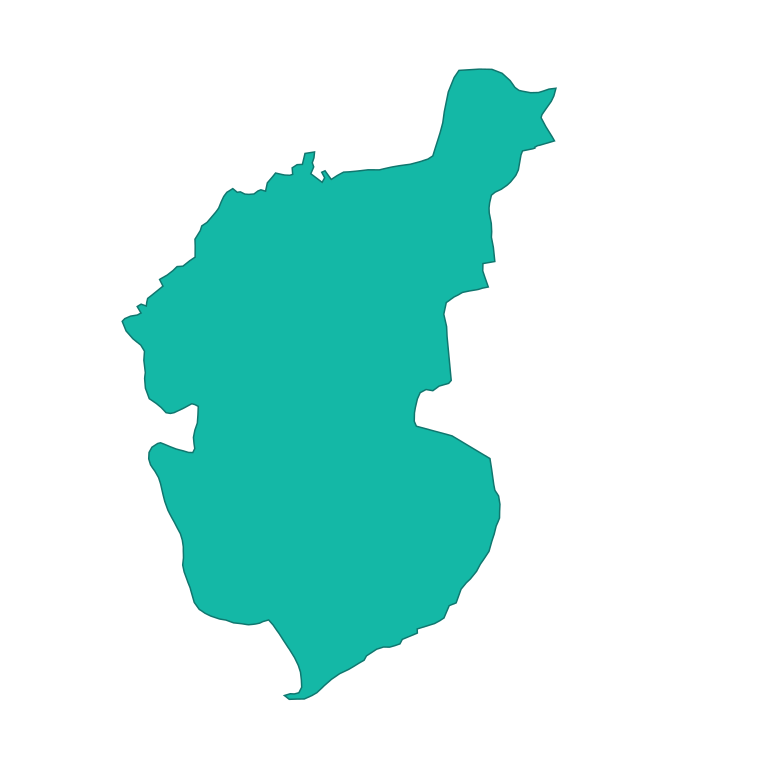 Chumatlán, Veracruz, Mexico, rotated 344°
{"feature_id": "50627088B36712897039445", "entity_name": "Chumatlán", "entity_type": "district", "adm_level": 2, "iso_a3": "MEX", "parent_name": "Mexico", "parent_adm1": "Veracruz", "projection": "equal_earth", "projection_center": [-97.586, 20.222], "detail": "fine", "context": "isolated", "style": "filled", "palette": "teal", "viewbox_px": 768, "rotation_deg": 344, "n_neighbors": 0, "source": "geoboundaries", "source_scale": "gbopen_adm2", "svg_char_len": 4395}
<svg xmlns="http://www.w3.org/2000/svg" viewBox="0 0 768 768"><g transform="rotate(344 384 384)"><path d="M408.8,170.4L403.6,169.2L400.6,169.8L396.6,170.7L389.7,172.8L388.5,169.6L386.1,162.8L382.5,163.3L383.8,169.4L380.1,173.1L371.6,161.7L376.3,155.9L376.0,151.6L379.0,147.3L381.2,141.8L371.6,140.6L366.1,150.4L360.9,149.2L356.4,150.6L355.3,150.9L354.0,157.3L351.0,157.4L346.2,155.8L343.5,154.4L337.9,151.3L335.4,153.1L333.5,154.4L327.3,158.5L323.3,166.0L319.2,163.4L316.0,163.7L311.4,165.5L306.4,164.5L302.6,163.1L298.9,159.7L297.6,159.5L295.8,159.3L292.5,154.5L288.0,155.8L285.8,156.4L283.0,158.5L281.6,159.6L277.9,163.8L273.6,169.3L271.1,171.3L269.5,172.5L259.3,179.3L259.0,179.5L258.4,179.9L252.4,181.8L249.7,185.9L246.3,189.0L246.2,189.1L242.2,192.7L240.6,199.1L237.4,210.0L236.7,210.2L231.4,211.9L223.2,215.3L220.7,214.8L217.5,214.1L216.1,214.8L212.2,216.9L209.4,218.0L205.7,219.5L197.1,221.6L198.5,229.0L198.3,229.1L185.1,234.7L180.4,236.6L178.4,240.2L177.0,243.5L172.5,240.3L168.1,241.5L170.0,248.8L165.9,249.7L159.1,248.9L154.5,249.5L152.9,249.7L149.6,251.6L150.7,261.9L151.3,263.2L155.1,271.3L158.0,275.5L160.9,279.5L162.8,286.4L162.6,287.0L159.7,295.0L157.7,307.3L156.3,310.5L155.4,312.8L153.5,322.3L153.9,327.5L154.3,333.4L159.7,339.9L163.5,345.4L163.5,345.5L166.6,351.5L170.5,353.4L174.3,353.7L185.2,351.9L190.1,350.8L193.8,350.0L196.6,351.7L199.3,354.3L196.6,362.5L193.8,370.1L189.5,376.2L186.1,382.8L184.9,389.2L184.3,393.9L181.3,397.2L177.2,395.9L172.4,392.8L169.1,390.9L166.3,389.2L161.0,385.2L156.3,381.4L153.0,378.9L150.0,378.8L143.5,380.8L139.3,385.0L137.2,391.1L137.3,397.3L138.3,400.6L139.8,404.8L141.5,411.8L141.7,417.2L141.7,418.6L141.1,429.7L140.9,436.5L141.5,445.7L142.4,450.5L142.5,450.8L143.0,453.3L144.4,459.3L145.7,465.9L147.0,471.8L147.1,478.4L146.2,485.2L145.0,489.4L144.2,492.6L143.3,495.9L140.6,502.5L140.2,508.1L140.1,509.5L140.8,519.4L140.8,520.0L141.5,526.8L141.4,528.4L141.4,530.8L141.4,531.0L141.4,538.8L141.4,541.7L144.3,549.8L145.7,551.3L148.9,555.2L153.5,559.3L154.2,559.8L161.2,564.6L166.9,567.3L172.7,571.5L173.5,572.1L176.5,573.3L181.1,575.2L186.0,577.5L187.5,578.1L191.8,578.9L194.5,579.3L198.6,579.6L202.1,579.0L208.1,579.0L210.5,584.1L210.8,584.6L213.2,591.7L214.4,595.0L216.9,603.4L217.2,604.3L219.2,610.8L219.9,612.8L222.4,621.7L222.5,621.8L224.0,630.4L224.1,631.8L224.3,637.9L223.0,645.7L222.1,649.5L221.3,652.8L217.1,657.3L214.8,657.3L212.3,657.2L208.5,655.9L202.4,656.0L206.0,661.0L213.2,662.8L220.6,664.8L228.9,663.6L234.4,662.2L241.6,658.5L243.2,657.6L252.1,653.4L259.8,650.8L261.7,650.2L271.4,648.6L276.8,647.2L280.0,646.3L282.8,645.5L288.8,644.0L292.2,640.5L303.8,636.9L311.1,636.7L316.9,638.5L322.4,638.5L327.7,638.2L331.2,634.5L334.7,634.1L347.4,632.6L348.4,628.6L366.6,628.2L372.5,626.9L376.9,625.5L377.1,625.5L377.9,624.5L385.6,615.0L393.0,614.3L401.5,602.5L408.3,597.8L413.3,595.2L417.3,592.4L421.3,589.6L426.9,583.8L432.5,579.2L438.8,573.8L444.3,564.9L447.4,560.3L448.4,558.9L452.7,551.4L455.2,548.4L458.1,544.7L460.1,538.1L462.3,531.6L463.3,523.2L461.3,516.7L461.8,510.9L464.0,495.4L465.3,484.9L435.1,452.6L403.5,433.5L402.8,428.2L405.3,420.2L407.7,415.2L412.0,407.5L414.7,404.3L416.4,402.3L422.9,400.9L429.1,403.9L432.5,402.7L436.4,401.2L446.4,401.2L449.6,399.1L451.0,391.6L457.7,355.8L460.0,346.1L460.7,333.4L466.3,322.9L470.5,321.4L471.5,321.0L475.5,319.6L480.0,318.8L482.6,318.1L484.8,317.6L491.7,318.1L498.6,318.9L500.9,319.1L505.1,319.0L511.0,319.5L510.4,309.3L510.1,302.5L512.3,295.5L524.3,296.8L526.8,282.7L527.7,272.5L529.5,267.3L531.4,259.2L532.3,248.6L533.5,243.7L535.5,238.9L539.3,232.1L543.8,230.2L550.5,229.1L557.4,226.7L561.3,224.7L566.3,221.2L568.3,219.7L572.2,215.2L574.9,209.6L578.8,201.6L581.4,198.1L581.6,198.1L582.1,198.2L582.7,198.2L591.8,198.9L592.5,198.9L592.8,198.8L594.0,198.9L594.3,197.9L595.0,197.8L597.4,197.2L599.5,197.4L614.9,197.3L613.7,192.4L610.5,181.2L608.4,171.3L610.1,168.6L616.1,163.7L622.7,158.4L626.7,153.9L630.8,147.1L623.9,146.0L618.1,146.3L612.9,146.4L605.2,144.4L597.4,140.5L594.6,138.9L591.6,135.0L588.9,127.2L583.2,117.9L574.5,111.3L562.4,107.6L542.5,103.2L535.9,108.7L526.3,121.0L517.0,138.9L512.5,149.1L507.4,157.6L504.4,162.2L498.4,171.2L493.8,178.2L488.2,179.9L479.5,180.2L469.8,180.0L463.8,179.1L458.9,178.4L452.5,177.7L450.3,177.5L443.5,177.1L438.6,176.9L432.1,175.0L427.6,173.7L420.3,172.5L415.7,171.7L408.8,170.4Z" fill="#14b8a6" stroke="#0f766e" stroke-width="1.5"/></g></svg>